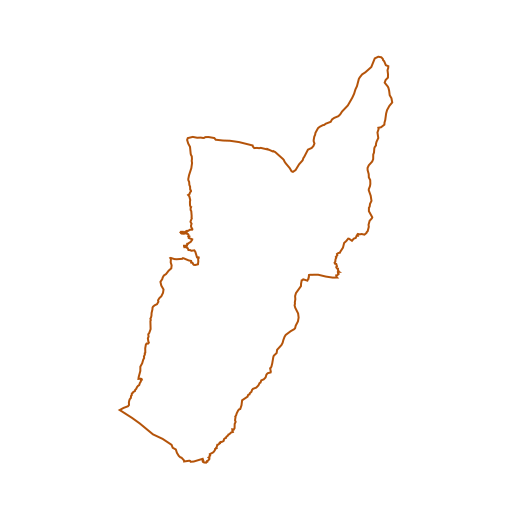 Logresti, Gorj, Romania, rotated 7°
{"feature_id": "2599482B14981850499200", "entity_name": "Logresti", "entity_type": "district", "adm_level": 2, "iso_a3": "ROU", "parent_name": "Romania", "parent_adm1": "Gorj", "projection": "equal_earth", "projection_center": [23.721, 44.889], "detail": "fine", "context": "isolated", "style": "outline", "palette": "amber", "viewbox_px": 512, "rotation_deg": 7, "n_neighbors": 0, "source": "geoboundaries", "source_scale": "gbopen_adm2", "svg_char_len": 6131}
<svg xmlns="http://www.w3.org/2000/svg" viewBox="0 0 512 512"><g transform="rotate(7 256 256)"><path d="M209.7,468.7L214.8,467.3L215.5,467.4L216.2,468.2L219.2,467.6L227.8,463.8L228.7,465.6L228.0,466.0L228.4,466.8L229.7,467.3L231.6,467.2L231.7,466.7L232.5,466.3L232.2,465.8L232.4,465.4L233.1,465.2L234.4,463.4L234.4,462.4L233.5,461.8L234.3,461.1L234.3,459.9L234.8,459.6L234.3,458.3L237.1,456.4L238.0,455.4L238.9,453.6L238.9,452.5L240.3,451.6L239.9,451.0L240.3,450.5L240.6,448.1L241.2,448.0L242.2,447.1L242.4,446.4L243.1,446.2L242.9,445.5L243.7,444.8L244.5,444.8L246.2,443.7L246.5,443.3L246.5,441.8L247.4,440.7L248.4,440.2L248.6,439.0L249.9,437.8L250.4,436.5L251.2,436.2L252.8,434.2L254.5,433.5L253.8,432.2L253.6,430.9L255.0,431.1L255.7,429.5L255.3,425.3L256.0,423.1L255.2,421.6L255.3,418.3L255.0,417.9L255.7,416.5L256.0,414.6L257.1,411.5L258.0,410.2L259.0,409.8L259.8,405.9L259.8,400.9L264.8,396.6L265.0,395.1L265.5,394.5L266.4,394.2L266.7,392.8L268.0,391.4L268.4,389.4L269.2,388.2L272.3,386.6L274.2,384.1L275.0,381.7L275.9,381.1L276.4,378.8L278.7,377.5L280.3,375.4L280.8,372.5L281.4,371.5L282.1,370.8L284.7,369.8L284.8,369.0L283.7,365.7L284.4,365.0L284.8,363.8L285.2,360.6L285.5,354.2L285.8,352.8L288.3,349.8L288.4,346.5L292.1,341.3L293.0,338.9L293.4,336.0L294.2,332.7L295.1,330.7L299.7,326.3L302.8,324.0L303.6,322.9L303.9,320.3L305.6,315.8L305.8,311.9L304.8,307.9L301.2,302.5L300.3,300.2L300.5,298.8L300.2,297.3L300.3,294.1L299.7,291.0L300.2,287.9L304.3,280.4L304.1,278.2L304.3,274.6L305.2,274.2L305.7,273.4L310.0,274.2L310.5,272.6L310.9,272.3L310.8,270.9L311.1,270.3L310.9,269.9L310.9,268.4L311.8,268.1L319.9,267.0L327.8,267.9L334.9,268.1L339.0,267.5L338.5,267.1L338.0,265.5L338.8,265.3L340.2,263.9L340.1,263.5L339.6,263.3L339.3,262.7L339.5,261.7L340.3,261.6L339.2,261.0L339.5,260.3L338.9,259.5L338.9,258.7L338.4,258.8L337.1,257.6L337.1,256.8L337.6,256.3L336.6,254.1L335.3,254.0L334.8,253.1L335.4,251.9L335.3,249.6L335.9,247.8L335.4,247.2L336.6,245.4L336.1,244.1L337.4,243.0L338.9,242.5L339.1,241.6L341.3,237.1L341.9,232.3L343.8,230.1L345.4,227.5L346.2,227.5L349.4,229.2L350.9,226.9L352.8,225.9L353.4,223.7L354.6,223.5L354.0,222.3L354.4,221.7L356.2,221.9L358.2,221.3L361.0,221.6L362.8,219.7L363.0,218.8L363.8,217.8L364.4,213.3L363.9,211.3L364.5,207.2L366.4,204.5L366.7,203.4L362.6,197.8L362.2,194.4L362.8,193.1L362.8,190.4L363.9,187.2L362.5,182.2L359.9,177.0L359.8,175.9L360.6,172.8L360.7,170.5L360.1,166.7L358.4,164.2L357.9,161.0L356.3,157.1L356.0,155.0L356.9,152.2L359.8,148.1L360.5,145.6L360.0,141.0L360.5,139.0L360.3,134.6L360.6,133.4L361.6,131.6L361.4,130.2L361.7,127.9L363.0,124.0L361.5,118.6L362.2,115.1L361.8,113.8L364.4,113.0L367.4,110.0L367.3,107.9L367.7,105.3L367.8,98.6L368.3,95.2L370.1,90.7L372.5,87.0L371.2,82.9L369.1,80.1L368.0,75.7L367.0,73.1L366.2,71.8L362.6,68.3L363.2,65.5L365.2,62.9L364.9,59.6L363.9,55.6L364.3,53.3L364.2,51.5L361.6,50.8L359.5,47.1L358.2,46.0L357.9,45.0L356.2,43.5L353.1,43.3L349.8,45.4L347.4,54.4L342.1,60.4L339.2,62.8L337.2,66.1L336.5,67.7L335.5,75.2L334.4,78.5L333.6,83.0L332.3,87.1L328.8,95.4L323.8,102.1L322.3,105.2L320.7,107.2L316.8,109.4L314.8,111.2L313.8,113.7L309.1,116.2L307.7,117.6L306.4,118.0L303.5,120.0L302.0,121.5L300.0,126.5L299.9,128.5L299.3,130.4L299.1,134.0L299.3,135.2L300.3,137.2L299.6,139.8L298.1,142.0L294.6,144.1L291.8,151.7L291.1,153.0L290.6,155.4L287.6,159.7L284.8,165.9L282.4,168.0L281.0,167.6L278.7,164.6L274.2,160.4L272.7,158.7L272.0,157.4L270.9,156.4L262.4,150.5L260.4,149.8L260.1,150.2L259.7,150.1L254.8,148.6L254.9,148.9L247.5,148.1L246.0,148.6L243.7,148.6L241.1,149.1L239.6,147.8L239.2,146.7L225.3,145.0L216.0,144.8L209.3,145.4L201.8,145.5L200.3,144.0L194.4,143.7L191.2,144.2L190.1,145.1L189.1,145.3L186.7,145.2L183.2,145.8L178.7,145.5L173.9,147.3L173.5,149.2L175.0,152.6L177.2,155.7L178.7,162.4L179.1,163.5L180.1,164.9L180.6,167.5L180.6,169.4L181.2,171.5L181.1,176.7L179.7,183.9L179.4,187.8L179.6,189.0L180.6,190.6L181.2,193.6L182.1,195.1L182.6,198.2L183.4,198.8L183.6,199.7L182.7,201.1L182.6,202.4L181.2,203.7L182.5,204.8L183.9,208.5L183.8,210.1L184.3,213.6L185.1,215.3L185.6,215.4L185.3,216.6L185.5,218.3L186.3,219.4L187.3,224.3L187.3,225.5L187.7,226.3L186.8,229.8L187.1,230.6L188.1,231.7L187.8,234.0L188.1,235.1L189.6,237.1L189.5,237.6L186.9,238.1L185.9,239.2L184.2,239.5L182.3,240.9L181.6,242.1L181.2,242.1L181.1,241.3L180.3,241.3L180.3,240.9L178.6,241.1L178.2,241.7L178.4,241.8L178.5,241.4L179.4,241.6L179.0,242.6L179.4,242.8L181.8,242.7L184.1,241.6L183.9,242.2L185.8,242.5L186.4,243.1L186.6,243.9L186.4,244.5L187.3,244.7L186.8,245.4L187.0,246.3L190.7,247.2L190.7,247.6L189.5,249.9L187.3,251.7L187.2,252.1L186.2,252.3L186.3,254.1L183.3,254.6L183.4,255.2L183.8,256.0L185.0,255.7L187.3,256.6L188.2,258.3L190.2,258.2L191.1,258.7L194.1,257.9L195.3,259.3L197.6,264.5L199.2,264.3L199.4,264.8L198.8,265.2L199.4,268.6L199.4,271.3L196.9,272.3L195.5,272.4L194.7,271.9L193.9,270.6L192.4,270.4L192.5,269.3L192.2,268.8L189.8,268.6L184.4,267.1L183.6,267.1L183.1,267.8L177.6,268.9L175.4,269.0L171.6,268.3L171.2,268.5L171.9,269.3L172.1,272.7L173.4,275.6L173.4,278.6L171.1,281.2L168.9,284.9L166.9,286.6L166.0,288.8L165.8,290.3L164.3,293.3L165.6,296.9L168.3,300.5L168.2,303.9L166.9,307.6L165.4,309.3L164.4,311.3L164.2,312.1L164.7,313.3L163.6,315.9L161.4,317.3L160.0,318.8L159.6,319.8L159.7,321.7L159.3,325.3L159.5,327.9L159.3,329.8L158.8,331.1L159.4,332.4L159.1,333.4L160.3,341.4L159.4,345.5L158.6,346.8L159.2,349.2L158.7,350.8L159.5,353.8L160.2,355.1L159.4,356.2L158.1,356.2L157.5,357.3L157.3,361.1L157.9,365.4L157.4,366.1L157.7,366.9L157.4,368.4L157.0,369.2L157.4,370.8L156.7,372.7L156.1,376.4L154.7,379.9L155.2,384.2L154.3,390.6L154.3,392.3L156.5,391.8L157.4,392.0L157.8,392.7L156.9,393.3L157.0,394.6L156.2,396.2L155.8,398.4L154.7,399.3L153.8,400.8L153.3,402.5L152.4,403.6L152.3,404.8L150.7,406.0L150.3,407.0L149.5,407.6L149.6,409.4L149.0,410.2L149.1,412.1L148.1,413.6L147.8,415.2L147.7,416.9L148.1,419.3L147.7,420.0L147.3,420.7L143.1,422.9L139.5,425.5L152.7,431.8L160.9,436.3L175.5,445.6L185.6,448.9L195.2,453.7L196.7,456.5L200.0,457.8L201.5,461.0L203.7,463.8L205.5,465.1L206.6,465.2L209.5,467.7L209.7,468.7Z" fill="none" stroke="#b45309" stroke-width="2"/></g></svg>